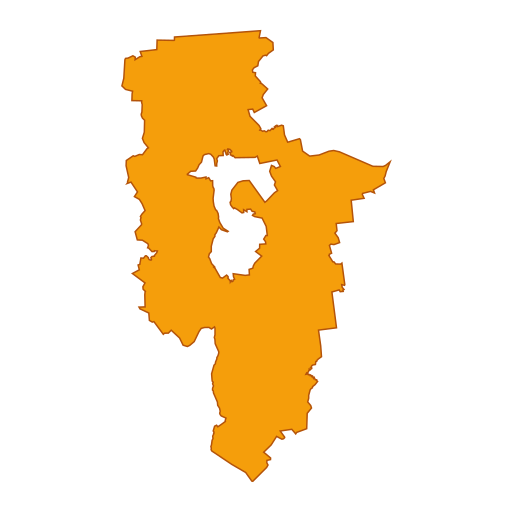 outline of Cieceres pag., Brocenu, Latvia
{"feature_id": "27541924B20812887451136", "entity_name": "Cieceres pag.", "entity_type": "district", "adm_level": 2, "iso_a3": "LVA", "parent_name": "Latvia", "parent_adm1": "Brocenu", "projection": "mercator", "projection_center": [22.572, 56.663], "detail": "fine", "context": "isolated", "style": "filled", "palette": "amber", "viewbox_px": 512, "rotation_deg": 0, "n_neighbors": 0, "source": "geoboundaries", "source_scale": "gbopen_adm2", "svg_char_len": 6089}
<svg xmlns="http://www.w3.org/2000/svg" viewBox="0 0 512 512"><path d="M125.5,58.4L124.9,59.8L123.8,78.3L121.9,85.9L125.5,89.4L132.6,91.2L132.1,93.8L131.9,100.6L141.7,100.8L141.6,102.3L142.2,104.6L141.9,112.0L141.2,114.2L141.4,115.8L142.5,118.2L144.6,120.2L144.3,132.2L142.4,138.4L144.1,142.6L148.4,147.8L147.0,148.7L142.5,154.7L139.3,154.5L134.8,156.4L133.2,155.8L126.3,160.5L126.1,165.8L128.7,177.5L127.5,182.0L127.8,182.5L127.1,183.5L131.0,182.1L137.5,191.9L134.4,196.6L139.4,199.4L142.1,203.7L145.1,210.6L142.0,214.0L140.4,216.5L141.0,217.5L140.4,220.0L141.6,223.6L141.5,224.8L135.1,231.7L137.3,239.9L142.4,240.2L147.4,243.4L148.1,244.1L148.4,245.7L147.6,247.8L148.7,248.1L152.0,251.6L154.2,251.5L154.4,250.7L157.4,251.0L156.8,252.6L154.2,255.8L154.3,256.2L152.0,256.5L150.9,257.6L151.5,259.7L150.9,260.2L149.2,259.6L148.4,258.4L148.4,257.7L146.4,255.8L145.4,255.8L143.5,258.2L140.9,258.0L139.8,264.4L138.1,265.0L139.3,269.8L132.4,273.5L145.0,282.9L142.9,286.7L143.1,289.2L145.4,291.4L145.1,291.8L144.8,294.8L145.1,306.9L139.0,307.1L140.0,308.9L148.8,313.0L149.4,320.4L152.3,322.1L153.9,321.6L163.3,334.3L164.5,333.2L168.4,333.1L171.2,330.2L179.6,338.0L183.1,345.2L187.4,346.5L189.7,345.4L194.2,341.6L199.0,331.6L201.2,328.4L204.4,327.5L208.9,327.4L211.5,329.0L214.5,326.9L215.0,328.2L215.0,334.8L214.3,337.5L214.9,339.2L215.2,343.7L218.7,351.6L218.8,352.8L218.0,355.6L216.9,357.5L216.8,359.0L215.5,362.1L215.4,363.7L214.0,365.2L211.6,373.8L212.1,380.5L212.4,381.5L213.2,382.2L212.6,383.8L213.5,385.9L212.6,388.2L212.5,390.0L213.3,390.9L213.5,393.0L217.4,402.0L217.7,405.3L219.5,408.1L220.2,411.2L219.7,413.2L220.1,414.5L221.2,415.9L226.0,418.1L225.2,420.5L225.4,421.4L220.9,424.7L217.8,426.8L216.6,425.2L214.6,426.2L213.2,431.0L214.0,432.1L213.6,433.7L213.8,433.8L212.7,436.1L213.0,438.6L212.1,440.3L211.5,444.8L210.9,446.6L211.3,448.1L211.1,449.7L211.8,451.0L231.8,464.4L245.7,472.5L251.8,481.1L252.8,481.3L266.6,467.5L268.0,465.0L266.8,462.8L266.9,460.4L270.5,459.6L270.6,458.0L263.7,452.2L271.1,445.0L276.6,436.4L281.9,439.2L283.5,438.8L284.6,437.7L284.7,437.2L280.2,431.0L291.8,429.3L295.7,433.9L296.7,432.4L306.7,428.7L307.2,413.3L311.5,408.0L310.7,405.5L307.7,401.9L308.7,398.3L308.7,395.3L310.1,390.0L310.8,388.9L312.4,387.8L312.6,386.6L315.1,384.6L317.6,381.4L316.5,380.3L316.6,379.8L315.3,379.7L314.2,377.5L313.6,378.4L313.2,377.7L313.4,377.0L312.2,376.8L312.3,376.1L311.7,376.4L311.4,375.5L310.3,375.6L310.3,374.9L309.0,374.8L308.7,374.2L308.2,374.6L307.6,374.0L305.9,374.3L306.8,372.7L307.5,372.8L308.5,371.7L308.9,370.2L309.8,370.1L309.5,369.1L310.3,369.4L311.7,368.6L311.8,368.0L310.8,367.4L311.3,367.1L311.7,365.8L312.8,365.0L315.4,364.5L315.8,361.5L316.7,361.3L317.0,360.3L318.4,358.9L321.5,356.7L320.7,345.8L318.5,330.1L336.5,327.8L331.9,292.0L339.1,289.9L340.2,291.7L343.2,291.4L342.9,290.2L344.0,289.5L342.2,287.3L341.7,284.6L344.5,285.3L344.8,284.6L341.9,263.1L340.7,264.1L335.7,264.0L334.0,261.9L332.8,261.8L328.9,255.5L329.3,255.2L329.3,254.3L331.6,253.2L329.4,245.4L330.9,244.1L333.9,244.6L339.6,242.6L338.2,237.7L334.9,233.1L337.0,230.7L336.2,223.5L353.3,221.6L351.2,200.2L364.1,198.3L362.3,194.4L362.6,193.4L370.5,191.4L374.5,193.0L373.4,189.8L385.4,182.8L383.8,178.5L385.1,176.0L386.2,171.6L390.1,161.8L385.6,165.4L383.1,166.5L372.9,166.3L339.4,151.8L333.7,150.5L329.0,151.2L319.1,155.0L309.7,156.1L302.6,151.1L300.4,139.7L299.5,138.7L287.7,142.2L284.5,134.9L283.3,125.8L281.6,125.2L277.5,126.6L276.7,125.9L277.1,125.4L276.6,125.3L275.4,126.0L275.5,126.7L274.7,126.8L275.2,127.5L274.3,127.8L273.3,129.3L272.2,129.2L272.4,128.5L272.1,128.4L270.0,130.6L268.2,130.2L267.1,131.5L266.0,131.8L264.2,130.8L262.6,131.3L261.1,130.2L259.9,130.1L260.8,128.6L259.0,125.4L250.0,116.3L248.1,109.6L252.7,109.1L254.3,112.5L266.6,105.7L262.1,97.8L263.3,94.5L267.7,89.0L262.0,83.9L260.3,83.2L260.8,82.5L260.1,81.3L255.3,76.0L255.5,72.7L252.8,72.3L252.4,69.9L254.1,67.7L257.8,65.8L258.5,61.5L263.0,55.9L265.5,55.2L266.6,55.7L268.4,53.4L273.3,49.9L272.9,42.5L266.0,37.6L259.3,38.0L259.1,37.6L260.5,30.7L174.5,37.0L174.4,40.2L174.0,40.4L157.1,40.1L156.8,49.6L140.2,51.5L141.9,56.4L139.9,56.7L135.1,59.7L135.3,57.2L132.9,55.8L128.0,58.1L125.5,58.4ZM212.7,185.7L212.6,180.7L210.6,180.8L208.7,177.7L206.0,178.8L206.0,177.0L200.9,178.1L197.1,178.1L196.1,177.9L195.9,177.2L187.4,174.7L187.3,174.2L190.7,171.3L195.6,171.0L197.6,168.1L199.1,164.7L201.5,162.1L203.0,156.0L204.4,154.6L208.7,153.6L210.7,154.2L213.3,157.0L214.2,158.9L215.1,165.8L216.7,166.0L216.7,163.7L217.4,160.9L216.7,158.7L218.8,155.7L223.2,155.5L223.0,151.9L224.4,150.1L224.9,150.1L225.6,152.8L226.3,153.2L226.0,153.8L226.2,154.4L226.8,155.0L228.3,154.2L227.7,152.9L228.5,150.5L227.4,149.5L227.8,148.9L230.0,149.4L231.7,151.2L231.7,151.9L229.6,152.3L230.7,154.1L230.4,154.8L232.5,156.1L232.9,155.5L235.1,157.7L255.0,157.4L257.3,156.1L259.8,163.5L277.0,160.0L280.4,166.5L275.7,168.4L274.3,166.6L271.5,165.4L269.7,171.3L271.5,176.1L275.5,181.8L274.4,185.0L277.6,190.6L274.4,192.8L266.7,200.9L264.9,202.3L249.2,180.5L243.1,180.8L237.9,182.4L231.9,190.1L230.8,194.2L231.4,198.8L230.9,201.5L230.1,202.2L230.6,204.8L232.3,207.2L233.7,208.6L234.4,207.9L237.2,209.4L242.0,212.9L243.7,212.5L243.6,209.7L246.9,211.7L246.9,209.4L250.6,209.1L252.1,211.3L254.8,211.9L255.3,213.7L253.3,214.1L252.5,215.4L254.7,216.6L262.1,218.1L266.2,226.4L267.3,235.5L265.9,235.5L263.7,239.1L265.5,241.6L265.8,243.9L259.7,244.3L259.6,248.2L255.6,251.5L261.7,256.1L254.8,263.1L253.3,266.0L252.8,268.2L249.1,269.4L249.4,274.9L245.2,275.4L233.2,273.7L233.5,276.7L234.6,279.3L233.1,280.0L233.0,281.1L232.0,281.7L231.2,280.5L230.3,282.0L230.2,280.8L227.9,278.2L228.2,277.1L228.0,276.5L226.6,275.1L222.5,278.1L220.3,277.5L215.1,268.4L213.8,267.2L214.6,266.9L211.6,263.6L209.7,258.6L208.5,257.1L209.3,253.8L211.3,251.6L211.3,246.2L213.2,238.8L214.9,236.4L214.9,234.7L216.3,232.8L218.9,227.0L221.4,229.7L227.4,231.8L228.1,231.3L223.2,228.2L219.8,222.5L218.4,218.5L218.6,217.0L218.1,213.5L216.6,210.4L215.6,209.8L214.0,205.9L213.3,201.6L213.1,198.3L214.1,190.1L213.8,188.3L213.2,187.6L212.7,185.7Z" fill="#f59e0b" stroke="#b45309" stroke-width="1.5"/></svg>